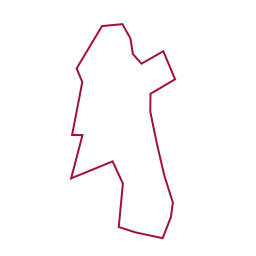 Namangan city, Namangan, Uzbekistan, rotated 106°
{"feature_id": "79887680B13123627114568", "entity_name": "Namangan city", "entity_type": "district", "adm_level": 2, "iso_a3": "UZB", "parent_name": "Uzbekistan", "parent_adm1": "Namangan", "projection": "robinson", "projection_center": [71.661, 41.009], "detail": "fine", "context": "isolated", "style": "outline", "palette": "rose", "viewbox_px": 256, "rotation_deg": 106, "n_neighbors": 0, "source": "geoboundaries", "source_scale": "gbopen_adm2", "svg_char_len": 437}
<svg xmlns="http://www.w3.org/2000/svg" viewBox="0 0 256 256"><g transform="rotate(106 128 128)"><path d="M225.7,109.6L226.3,92.5L224.4,64.3L201.8,62.2L187.3,64.3L164.0,79.8L135.0,96.0L106.1,111.1L88.9,115.8L68.2,96.2L44.5,115.2L62.4,132.8L55.6,143.7L41.3,150.3L29.7,162.0L37.2,181.1L84.9,193.8L96.4,184.6L150.1,179.8L147.4,169.8L192.1,168.8L164.3,133.6L182.8,117.6L225.7,109.6Z" fill="none" stroke="#9f1239" stroke-width="2"/></g></svg>